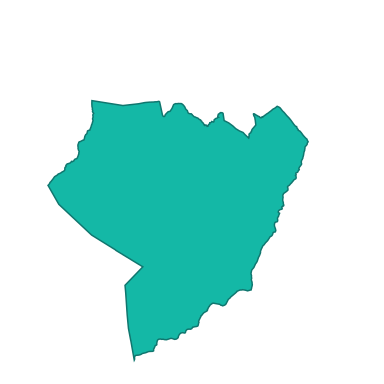 Mudzi, Mashonaland East, Zimbabwe (Robinson projection), rotated 154°
{"feature_id": "62879985B77595643638308", "entity_name": "Mudzi", "entity_type": "district", "adm_level": 2, "iso_a3": "ZWE", "parent_name": "Zimbabwe", "parent_adm1": "Mashonaland East", "projection": "robinson", "projection_center": [32.554, -17.05], "detail": "fine", "context": "isolated", "style": "filled", "palette": "teal", "viewbox_px": 384, "rotation_deg": 154, "n_neighbors": 0, "source": "geoboundaries", "source_scale": "gbopen_adm2", "svg_char_len": 5938}
<svg xmlns="http://www.w3.org/2000/svg" viewBox="0 0 384 384"><g transform="rotate(154 192 192)"><path d="M318.5,261.1L317.1,239.3L301.1,197.3L286.2,173.6L286.0,172.9L269.0,146.3L293.1,137.5L296.0,129.9L304.1,110.0L308.9,97.3L312.1,85.6L312.1,85.4L317.6,66.2L317.2,66.5L316.7,67.2L316.3,68.3L315.7,69.1L315.2,69.5L314.1,69.8L311.2,68.7L309.3,68.4L307.3,68.6L303.9,67.8L301.5,67.7L300.1,67.3L297.1,66.0L296.1,66.1L295.3,67.7L294.3,68.3L292.3,70.1L291.1,70.0L290.7,70.1L290.4,70.5L290.2,71.2L288.8,73.1L287.8,74.0L286.7,74.3L285.0,73.8L283.9,72.9L282.4,72.3L281.6,71.5L279.7,70.4L275.0,69.7L273.4,68.4L272.9,67.8L272.1,67.1L270.7,66.7L269.4,66.8L268.7,67.0L268.2,67.3L267.4,68.3L266.3,69.2L265.3,69.7L264.0,70.1L262.3,69.8L260.3,68.4L259.9,68.4L259.5,68.6L258.4,69.9L257.8,70.2L256.6,70.6L255.0,70.2L253.4,69.3L252.1,69.3L251.0,70.0L250.4,70.2L249.9,69.9L248.4,69.7L247.8,69.4L246.7,69.1L245.6,69.0L244.7,69.7L243.5,71.3L242.9,71.8L242.8,72.8L242.1,73.4L242.0,73.6L238.1,76.6L238.1,76.8L237.3,76.9L235.3,77.9L234.2,78.3L230.7,78.5L229.7,79.2L229.8,79.5L226.9,81.6L226.5,81.6L225.7,82.3L222.8,83.0L222.5,82.8L221.8,82.9L216.3,78.9L215.7,77.6L214.8,76.9L214.5,76.4L214.2,76.2L212.2,76.0L211.8,76.1L211.1,76.2L210.5,76.5L206.4,79.6L204.2,80.1L203.4,80.6L197.0,82.2L196.3,82.5L195.9,82.5L195.2,82.9L195.2,83.0L192.0,82.9L189.9,82.0L189.5,82.1L187.1,80.4L185.4,78.8L181.7,78.1L181.6,78.4L180.7,79.3L180.4,79.8L179.2,81.2L178.4,82.3L178.0,83.7L177.5,84.7L177.5,85.6L177.1,87.2L176.8,87.7L176.1,88.4L175.9,89.4L175.1,90.9L174.9,92.3L174.7,92.9L173.1,95.0L172.3,95.8L169.5,97.0L166.5,99.5L164.8,100.4L163.5,101.4L161.0,104.0L159.2,105.3L157.0,107.4L156.8,108.2L155.2,109.9L151.7,112.7L150.5,112.9L148.3,114.1L145.4,115.1L143.4,116.3L141.5,117.5L139.7,117.6L138.5,118.2L137.2,119.6L136.7,120.0L135.8,120.0L134.9,119.6L134.4,119.8L133.5,120.8L133.3,121.8L133.2,122.0L132.8,125.3L132.1,126.8L131.2,127.9L130.3,128.3L128.6,128.0L128.2,128.0L127.9,128.3L127.3,129.1L126.9,130.5L126.5,131.2L125.8,131.8L125.1,132.0L124.4,132.9L122.7,134.4L122.6,134.5L122.9,134.9L123.3,135.8L123.3,136.1L122.9,136.7L122.0,137.3L121.1,137.5L120.3,137.5L119.1,137.2L118.3,137.3L118.0,138.9L117.7,139.3L116.8,139.2L116.4,139.7L115.8,139.4L115.4,139.7L115.2,140.1L115.1,141.3L114.5,142.6L114.3,144.3L113.5,145.9L112.5,147.3L111.9,149.1L111.2,149.8L110.2,150.5L106.6,151.1L104.9,151.7L104.3,153.0L104.0,153.9L104.0,154.6L103.5,155.1L101.5,155.4L99.7,156.2L98.1,156.7L97.5,157.1L96.0,157.7L95.4,158.1L94.6,158.3L93.0,158.4L92.4,158.8L92.1,159.2L91.6,160.7L91.8,161.3L91.2,161.5L90.8,161.9L90.8,162.8L90.6,163.1L90.2,163.5L88.4,163.5L87.9,163.8L87.1,164.6L86.0,164.9L85.7,165.2L85.8,166.1L85.6,166.4L84.2,167.4L82.5,168.2L81.2,169.1L80.7,171.0L79.5,172.5L78.7,172.9L77.6,173.8L77.5,174.1L75.7,176.1L73.9,178.7L72.5,180.0L72.0,180.9L71.5,181.4L71.2,182.2L70.5,183.0L70.0,183.3L68.8,183.7L67.6,184.4L66.9,185.5L65.6,186.2L65.7,188.1L65.5,189.1L66.2,190.6L66.8,192.6L67.3,194.5L67.8,197.5L68.4,199.6L68.9,200.1L69.5,201.1L69.2,201.6L69.6,203.2L69.3,205.0L70.1,205.5L70.8,208.1L71.6,212.9L72.3,216.0L73.4,219.3L74.3,223.0L75.1,225.1L75.9,228.9L76.5,230.0L77.9,231.7L80.3,231.1L83.5,230.9L84.5,230.5L89.5,229.5L91.0,229.4L92.3,229.0L93.4,229.0L94.7,228.5L95.0,228.5L95.6,228.8L95.8,228.4L96.2,228.8L96.8,228.4L97.3,228.4L97.6,228.5L97.8,228.9L98.3,229.3L98.4,230.1L98.8,230.6L99.7,231.6L100.3,232.7L100.9,233.2L100.9,233.5L101.1,233.7L101.3,234.3L101.6,234.6L101.9,235.1L102.4,235.3L102.7,234.9L103.0,233.4L102.9,232.2L103.0,230.9L103.4,230.1L103.5,229.3L105.3,224.2L110.6,221.9L112.0,220.4L112.2,220.5L113.4,219.4L114.5,219.4L115.3,219.0L115.5,218.8L115.7,217.9L116.4,217.2L117.0,216.0L117.4,215.6L119.3,220.6L120.0,223.1L122.6,226.1L124.9,229.7L126.3,233.4L128.7,238.0L131.8,242.1L129.6,249.1L130.2,250.1L130.7,250.3L131.0,250.6L131.7,250.9L132.2,250.8L132.6,250.5L134.1,250.4L134.4,250.3L134.5,249.9L135.0,249.5L135.8,248.6L135.9,248.1L135.6,247.6L136.3,247.7L136.8,247.5L137.8,247.5L138.8,247.7L139.2,247.4L140.4,247.2L141.4,245.8L141.7,245.5L142.2,245.6L143.3,246.7L143.7,246.3L144.1,246.2L144.8,246.2L145.6,246.5L146.3,245.4L146.7,245.5L147.5,245.4L148.9,244.1L149.7,244.4L149.6,245.4L149.8,245.8L150.7,246.4L151.0,246.1L151.3,246.1L151.6,246.4L151.5,246.6L151.1,246.8L151.7,247.7L151.7,249.0L152.3,250.3L152.3,251.5L152.8,252.3L152.7,253.0L153.6,254.0L154.4,256.0L155.2,256.6L156.2,258.0L156.7,258.3L157.1,258.7L157.5,259.9L157.9,260.7L157.9,261.4L158.4,262.6L158.6,262.6L160.1,263.7L160.4,264.0L160.7,264.6L160.8,265.2L160.5,267.2L161.1,268.6L161.3,269.5L161.2,271.9L161.7,274.0L162.3,275.4L162.9,276.2L165.8,277.7L166.2,277.7L168.0,278.6L169.1,278.7L170.2,278.6L173.3,275.9L176.2,274.2L176.6,274.1L177.1,274.4L178.4,274.6L182.0,273.3L183.0,272.3L183.6,272.0L183.8,272.0L184.4,272.3L184.7,272.6L184.8,274.1L181.6,287.2L182.0,288.0L184.4,288.6L185.7,289.3L186.6,289.5L191.1,291.5L195.0,293.0L201.3,294.7L216.2,300.0L241.9,318.0L243.5,314.9L243.8,314.1L244.4,312.8L244.8,310.9L245.4,309.9L245.6,308.4L246.2,307.9L246.2,307.3L245.9,306.4L245.9,305.7L246.5,305.5L247.4,304.7L247.9,303.1L248.3,302.4L249.0,301.8L249.4,301.2L249.5,300.0L249.7,299.6L252.1,296.9L252.8,296.4L254.2,294.8L256.3,292.9L256.5,292.5L256.8,292.4L257.8,292.7L259.1,292.7L260.9,290.5L262.5,290.1L262.9,289.8L264.0,288.9L265.4,287.1L266.3,286.2L266.7,286.1L267.2,286.4L269.9,286.3L271.4,286.5L272.1,286.2L272.5,285.6L273.6,284.7L274.4,283.4L274.7,282.2L275.3,281.2L275.7,279.3L275.6,277.8L276.3,277.2L277.1,275.8L277.7,275.3L278.5,274.4L280.1,273.0L281.0,272.5L281.9,272.7L282.5,272.8L283.3,272.7L284.8,271.7L285.6,271.8L286.3,271.7L286.7,272.3L286.9,272.4L287.6,271.9L288.7,271.5L291.3,271.8L291.8,272.0L293.7,271.2L293.9,270.6L294.3,270.0L295.0,269.9L295.5,269.6L296.2,268.5L296.4,267.9L297.1,267.3L298.5,266.9L299.7,267.0L302.0,266.6L304.4,266.8L305.6,266.3L308.8,266.0L311.7,264.4L314.7,263.0L315.3,262.9L316.5,261.9L317.7,261.3L318.5,261.1Z" fill="#14b8a6" stroke="#0f766e" stroke-width="1.5"/></g></svg>